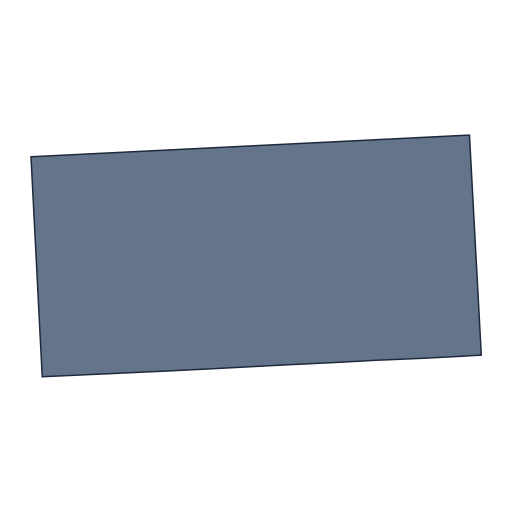 McPherson, South Dakota, United States of America, rotated 177°
{"feature_id": "52423323B76853800057701", "entity_name": "McPherson", "entity_type": "district", "adm_level": 2, "iso_a3": "USA", "parent_name": "United States of America", "parent_adm1": "South Dakota", "projection": "mercator", "projection_center": [-99.314, 45.766], "detail": "fine", "context": "isolated", "style": "filled", "palette": "slate", "viewbox_px": 512, "rotation_deg": 177, "n_neighbors": 0, "source": "geoboundaries", "source_scale": "gbopen_adm2", "svg_char_len": 523}
<svg xmlns="http://www.w3.org/2000/svg" viewBox="0 0 512 512"><g transform="rotate(177 256 256)"><path d="M36.2,145.2L36.5,365.5L40.8,365.6L475.5,366.9L475.8,146.6L396.1,146.1L395.7,146.1L351.4,145.8L312.8,145.7L308.6,145.7L259.8,145.7L259.4,145.7L255.8,145.7L255.5,145.7L239.8,145.7L231.7,145.7L228.2,145.7L222.4,145.7L213.2,145.6L201.3,145.6L186.4,145.5L183.3,145.5L176.4,145.5L137.0,145.6L135.7,145.5L93.4,145.1L83.5,145.1L56.6,145.1L47.3,145.2L36.2,145.2Z" fill="#64748b" stroke="#1e293b" stroke-width="1.5"/></g></svg>